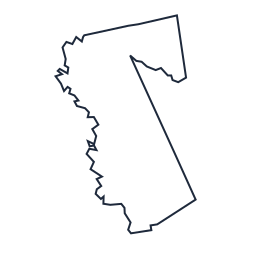 Waller, Texas, United States of America (Natural Earth projection), rotated 352°
{"feature_id": "52423323B21823422169347", "entity_name": "Waller", "entity_type": "district", "adm_level": 2, "iso_a3": "USA", "parent_name": "United States of America", "parent_adm1": "Texas", "projection": "natural_earth1", "projection_center": [-96.057, 29.987], "detail": "fine", "context": "isolated", "style": "outline", "palette": "slate", "viewbox_px": 256, "rotation_deg": 352, "n_neighbors": 0, "source": "geoboundaries", "source_scale": "gbopen_adm2", "svg_char_len": 978}
<svg xmlns="http://www.w3.org/2000/svg" viewBox="0 0 256 256"><g transform="rotate(352 128 128)"><path d="M192.5,86.2L192.1,23.3L152.6,26.7L142.5,26.8L97.6,30.1L96.2,31.6L94.3,35.9L89.4,30.7L84.6,37.1L79.0,34.2L74.4,39.1L75.9,51.0L74.0,57.2L77.3,59.8L75.7,65.5L68.6,60.0L66.4,61.7L70.1,65.5L63.5,66.7L67.8,74.7L69.8,82.5L73.9,78.9L76.5,81.2L74.6,85.5L79.5,88.3L82.7,93.9L78.7,94.2L80.5,99.1L88.2,102.4L91.5,107.0L89.6,111.7L95.7,112.4L99.1,120.6L92.5,124.1L95.4,131.5L92.2,139.2L86.4,135.4L87.5,140.8L91.9,140.6L93.7,145.5L86.8,143.2L83.4,147.9L89.5,156.8L85.2,163.6L95.4,172.5L89.9,174.2L93.4,181.7L88.6,184.3L86.8,188.7L91.3,194.5L94.3,192.5L93.1,199.6L99.8,201.6L110.8,202.2L113.4,206.6L112.9,212.0L117.4,221.9L114.0,228.8L116.3,232.7L136.9,232.4L136.8,227.6L143.5,227.5L185.0,208.3L170.7,159.5L140.2,56.5L145.6,62.7L150.7,64.3L155.2,69.7L163.5,74.5L169.0,73.2L174.7,81.5L178.1,82.0L178.8,86.7L184.1,89.6L192.5,86.2Z" fill="none" stroke="#1e293b" stroke-width="2"/></g></svg>